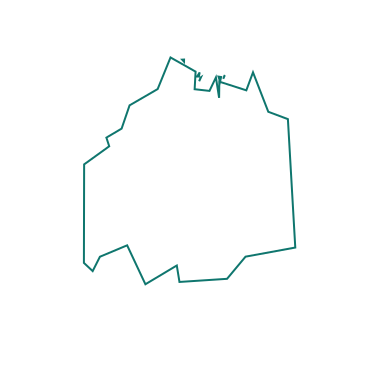 map outline of Norrbotten (orthographic projection), rotated 226°
{"feature_id": "SWE-190", "entity_name": "Norrbotten", "entity_type": "County", "adm_level": 1, "iso_a3": "SWE", "parent_name": "Sweden", "parent_adm1": "", "projection": "orthographic", "projection_center": [22.14, 67.052], "detail": "coarse", "context": "isolated", "style": "outline", "palette": "teal", "viewbox_px": 384, "rotation_deg": 226, "n_neighbors": 0, "source": "natural_earth", "source_scale": "10m", "svg_char_len": 742}
<svg xmlns="http://www.w3.org/2000/svg" viewBox="0 0 384 384"><g transform="rotate(226 192 192)"><path d="M198.7,108.3L209.4,80.8L204.1,65.6L216.1,65.0L286.8,133.6L282.4,164.2L290.6,168.2L286.5,185.4L297.7,207.3L289.9,238.8L303.7,270.0L276.1,278.2L264.1,265.3L252.6,274.8L257.8,288.8L240.9,276.9L252.4,288.3L227.4,301.7L235.7,319.0L196.7,302.6L177.8,311.6L80.3,227.7L108.3,185.6L105.2,156.9L136.0,120.5L149.7,130.0L158.0,94.4L198.7,108.3ZM254.5,292.8L252.0,289.0L256.6,291.2L254.5,292.8ZM291.3,276.8L294.0,276.9L292.8,278.3L291.3,276.8ZM271.5,275.9L272.7,280.6L270.3,277.2L271.5,275.9ZM268.3,278.2L266.7,274.1L268.4,277.7L268.3,278.2ZM253.2,296.7L251.7,293.1L253.2,296.3L253.2,296.7Z" fill="none" stroke="#0f766e" stroke-width="2"/></g></svg>